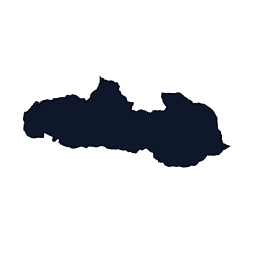 Runcu, Dâmbovita, Romania, rotated 124°
{"feature_id": "2599482B4208961659821", "entity_name": "Runcu", "entity_type": "district", "adm_level": 2, "iso_a3": "ROU", "parent_name": "Romania", "parent_adm1": "Dâmbovita", "projection": "orthographic", "projection_center": [25.346, 45.222], "detail": "fine", "context": "isolated", "style": "filled", "palette": "ink", "viewbox_px": 256, "rotation_deg": 124, "n_neighbors": 0, "source": "geoboundaries", "source_scale": "gbopen_adm2", "svg_char_len": 5883}
<svg xmlns="http://www.w3.org/2000/svg" viewBox="0 0 256 256"><g transform="rotate(124 128 128)"><path d="M187.6,213.1L187.7,211.8L190.0,207.6L189.9,204.7L189.6,202.8L188.7,200.7L185.7,197.5L183.3,193.4L182.7,193.2L178.5,196.0L177.9,192.9L177.5,189.2L176.7,184.9L179.7,183.7L180.3,183.2L179.9,182.8L180.4,182.5L180.4,182.4L179.9,181.7L179.1,181.3L178.4,181.4L177.8,181.1L177.5,181.2L177.0,181.1L176.4,181.3L175.5,179.9L175.7,178.7L176.3,177.4L178.1,177.2L178.3,175.3L178.7,174.5L178.1,174.2L178.3,172.0L178.0,171.3L177.8,171.0L177.7,170.3L177.8,169.6L177.0,168.4L176.8,167.9L176.9,167.5L175.9,166.0L176.0,165.5L175.7,164.9L175.6,164.1L175.9,163.9L174.9,161.9L172.6,159.7L169.0,157.0L168.3,155.5L167.4,151.7L165.4,151.1L164.5,150.2L162.3,146.5L161.7,145.1L161.4,144.1L160.4,143.2L160.2,142.8L158.5,141.9L158.1,141.5L157.9,140.9L157.0,140.1L156.7,139.6L156.4,138.5L156.2,138.1L155.9,137.0L155.9,136.3L156.1,135.2L156.0,133.9L155.9,133.3L155.1,132.2L154.9,131.9L154.9,131.1L154.2,130.0L153.8,129.1L152.4,128.4L152.3,127.9L152.6,127.2L152.6,126.9L150.7,125.1L150.4,124.3L150.0,123.6L149.8,122.4L149.0,120.4L148.8,119.7L146.9,117.7L147.1,115.5L147.2,115.1L147.2,114.6L146.6,113.8L145.2,112.6L145.5,111.5L145.7,111.1L145.7,110.7L144.9,109.7L144.3,108.0L143.9,107.6L143.3,107.4L142.6,107.6L141.7,107.5L140.7,107.1L139.9,107.0L138.4,106.1L138.1,105.6L138.2,104.7L138.1,104.3L137.8,104.0L135.3,102.9L134.3,101.7L133.7,100.4L134.3,99.6L134.2,98.9L134.7,96.2L134.2,94.3L133.6,93.6L133.4,93.2L136.8,90.7L137.6,90.0L137.7,86.2L137.3,84.4L138.3,83.9L138.5,83.5L138.0,82.9L137.9,81.9L136.9,80.7L136.4,79.8L136.5,78.9L137.4,77.2L137.6,76.6L137.6,76.1L137.2,75.1L137.2,73.8L136.9,72.9L134.5,70.2L134.0,70.0L133.1,67.8L132.8,66.6L131.1,65.1L130.6,64.3L129.8,62.2L129.3,60.6L129.1,60.2L126.4,57.0L124.1,55.4L123.0,54.8L122.7,54.3L122.3,53.0L121.6,52.1L120.1,51.2L118.7,50.9L116.2,50.9L114.5,49.4L113.8,49.1L112.9,48.4L112.4,48.2L110.3,47.8L108.5,47.6L106.3,47.8L105.9,47.8L105.7,47.5L105.4,46.3L103.6,44.0L103.1,42.6L102.3,41.9L102.0,41.3L101.3,40.6L100.5,40.0L99.7,38.8L99.2,38.2L98.1,38.1L95.8,37.4L93.6,37.3L92.7,37.4L91.1,35.9L88.8,35.1L87.4,34.3L86.6,34.0L87.4,36.4L87.6,39.1L88.0,40.1L88.0,40.4L87.4,41.7L85.6,44.0L84.5,44.9L83.4,45.5L82.2,46.3L81.8,46.8L81.3,48.2L79.7,49.2L79.5,49.9L79.3,52.2L78.8,53.1L78.5,54.0L76.9,54.9L74.2,57.0L72.9,58.3L71.0,59.4L69.8,60.5L68.7,62.9L67.1,65.9L66.6,67.1L66.3,68.9L66.0,71.3L66.1,74.9L66.0,76.7L66.2,78.5L67.3,80.2L67.5,81.5L67.9,83.0L68.4,83.7L70.0,84.9L70.2,85.9L71.3,87.3L71.8,88.3L72.0,89.1L72.0,89.4L70.8,89.4L70.7,89.6L70.7,92.2L71.4,94.4L71.3,94.9L70.8,95.5L70.8,97.9L71.1,99.0L70.7,99.8L70.6,100.5L70.5,103.5L70.3,104.3L70.4,104.6L71.2,106.3L73.7,108.3L74.2,109.6L75.3,111.0L75.7,111.8L76.2,112.5L77.2,114.3L77.8,115.0L78.6,115.5L78.8,115.9L78.9,116.6L80.0,119.0L81.6,118.3L83.3,117.3L83.6,116.9L83.8,116.4L85.1,114.5L86.4,113.4L86.8,112.5L87.0,111.5L87.5,110.9L87.9,110.0L87.9,109.6L87.9,108.7L88.1,108.2L88.4,107.7L89.8,107.1L90.6,107.1L90.9,106.8L91.0,107.0L91.4,107.1L92.2,107.0L92.5,106.9L92.9,107.1L93.9,107.2L94.3,107.7L94.4,108.1L94.9,108.8L95.1,109.3L95.4,109.3L95.5,109.7L95.8,110.2L95.8,111.0L96.1,111.3L96.5,111.3L96.5,111.9L96.6,112.0L97.1,112.2L97.4,112.4L97.9,113.9L98.8,115.4L99.5,115.9L99.7,116.4L100.0,116.6L100.8,116.3L101.3,116.4L102.4,117.0L103.0,116.9L103.3,117.2L104.0,117.4L104.0,117.7L103.6,118.5L103.5,118.8L103.8,119.1L104.6,119.2L104.8,119.4L104.8,119.7L104.3,120.4L104.2,120.7L104.3,121.1L104.7,122.0L104.4,123.2L104.6,123.6L105.3,124.2L105.4,126.3L105.6,126.8L107.3,128.5L109.6,129.5L110.2,130.4L110.3,131.1L110.5,131.5L110.4,132.8L111.1,133.6L111.3,134.5L111.6,135.0L110.5,136.2L108.4,137.1L105.9,137.2L104.6,137.5L104.6,138.3L104.8,138.9L105.9,140.3L106.5,142.6L107.2,143.4L105.2,145.6L104.2,146.6L104.1,147.4L104.2,148.1L104.2,148.9L104.4,149.5L104.3,150.8L104.4,152.2L103.3,154.1L102.5,154.6L102.5,156.6L102.3,156.9L101.9,157.3L99.9,158.4L99.0,158.4L98.5,158.6L98.4,158.9L98.5,159.6L97.8,160.3L97.8,160.8L97.5,161.0L97.4,161.3L96.9,161.9L96.8,162.3L96.9,162.5L97.7,163.1L98.1,164.1L98.1,164.5L98.4,164.8L98.9,165.0L98.6,165.7L98.6,166.7L98.0,166.6L98.6,167.8L98.6,168.4L100.2,169.8L100.5,170.5L100.8,171.2L100.6,171.8L100.8,172.2L101.2,172.3L101.0,173.1L101.1,173.5L101.8,173.7L102.6,174.5L101.9,175.4L101.2,175.5L101.2,176.8L101.6,177.3L102.0,178.2L101.7,179.0L102.0,178.8L105.5,176.5L106.0,176.0L107.2,176.3L109.6,175.4L111.4,175.4L113.5,174.9L114.6,175.5L115.8,176.0L116.3,176.3L119.4,177.1L120.8,177.1L121.9,176.9L123.9,175.6L125.3,176.3L126.0,176.3L126.8,176.5L129.2,177.3L129.2,177.5L129.7,178.1L129.9,178.4L129.2,178.8L129.0,179.4L128.6,179.9L128.5,180.7L128.6,181.2L129.0,181.6L130.2,182.3L130.3,183.3L130.8,184.5L130.8,185.4L130.7,185.8L130.7,186.1L130.4,186.8L130.8,187.7L130.4,189.3L130.9,190.3L131.5,192.3L131.9,192.7L132.9,193.0L133.6,193.5L134.0,194.0L134.6,195.8L135.5,196.4L135.7,196.8L137.9,196.7L138.2,196.8L138.8,197.4L139.0,197.9L138.8,198.1L139.4,198.5L139.7,198.9L139.7,199.3L140.1,199.9L140.3,200.1L140.8,200.2L141.1,200.5L141.3,200.8L141.4,201.6L142.3,202.0L142.6,201.8L142.9,201.9L143.3,202.9L144.9,205.1L145.3,205.8L146.1,205.9L146.3,205.8L147.4,205.7L148.3,205.2L148.0,206.8L148.7,207.4L149.1,208.0L149.2,209.1L149.9,209.9L150.0,210.8L150.8,211.4L151.5,211.7L152.0,212.5L152.4,212.9L154.4,214.2L156.3,214.7L157.0,214.7L157.3,214.4L158.0,214.3L158.2,214.8L159.1,215.7L159.1,216.4L157.1,216.5L157.3,218.1L157.6,218.4L157.7,218.6L158.0,218.9L158.2,218.7L161.1,219.3L162.0,218.9L163.0,219.4L163.6,219.6L164.7,219.5L167.0,219.5L167.4,219.8L170.6,220.2L171.4,220.5L171.4,220.9L172.5,220.9L172.8,222.0L173.7,221.9L177.0,220.3L178.2,219.9L179.0,219.3L179.8,218.3L180.1,218.1L180.2,217.7L181.1,216.4L181.9,215.7L182.7,215.6L183.1,215.8L183.4,215.4L183.2,215.3L183.6,214.9L183.9,214.7L184.6,215.0L186.5,213.8L186.9,213.7L187.6,213.1Z" fill="#0f172a" stroke="#020617" stroke-width="1.5"/></g></svg>